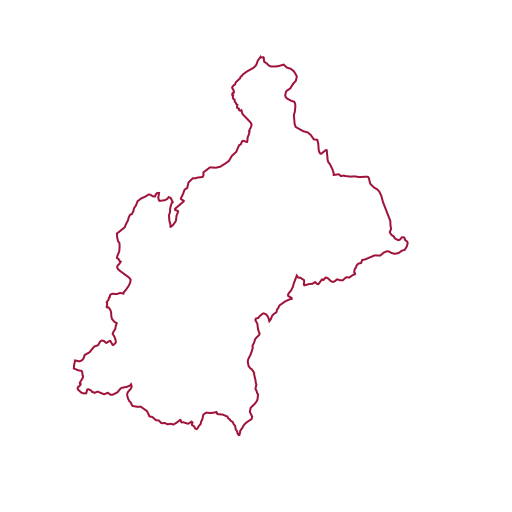 the district of Ky Son, Nghệ An, Vietnam, rotated 200°
{"feature_id": "81297802B2701886719052", "entity_name": "Ky Son", "entity_type": "district", "adm_level": 2, "iso_a3": "VNM", "parent_name": "Vietnam", "parent_adm1": "Nghệ An", "projection": "equal_earth", "projection_center": [104.217, 19.409], "detail": "fine", "context": "isolated", "style": "outline", "palette": "rose", "viewbox_px": 512, "rotation_deg": 200, "n_neighbors": 0, "source": "geoboundaries", "source_scale": "gbopen_adm2", "svg_char_len": 6050}
<svg xmlns="http://www.w3.org/2000/svg" viewBox="0 0 512 512"><g transform="rotate(200 256 256)"><path d="M390.3,96.0L389.5,90.7L388.7,88.0L383.7,87.8L380.6,88.4L379.4,87.2L378.3,84.8L377.6,84.2L377.2,83.1L377.2,81.6L378.2,76.9L377.9,76.0L377.2,76.1L376.8,75.2L377.8,72.7L378.3,72.4L378.4,70.5L377.3,69.5L373.5,67.9L371.3,67.9L368.6,68.9L368.9,72.8L367.9,73.5L365.0,73.2L363.3,72.1L362.2,72.5L361.1,72.1L358.4,74.4L351.5,74.1L348.4,76.8L345.2,75.9L343.5,76.4L339.6,80.5L337.9,85.2L336.6,86.5L332.8,88.7L330.0,91.3L329.6,92.7L328.2,91.0L328.1,90.1L328.3,88.3L330.0,83.9L329.6,81.3L327.5,78.3L325.5,76.4L323.5,75.4L321.4,73.2L320.4,72.9L315.6,73.8L312.7,75.0L305.3,72.9L301.2,68.8L298.5,69.3L293.9,67.5L290.9,68.2L288.1,66.7L287.0,66.7L284.5,67.9L281.6,67.6L278.6,69.2L276.1,69.3L273.6,72.2L271.2,76.1L270.6,76.0L269.8,74.7L269.0,74.2L267.4,74.9L262.8,75.1L261.9,75.6L259.9,78.3L258.7,77.8L258.7,76.0L258.2,75.2L256.2,74.9L254.2,73.2L252.8,72.9L252.1,73.7L251.5,76.9L250.6,79.1L250.9,81.7L250.6,84.5L251.2,88.5L250.6,90.0L249.0,91.9L245.3,92.7L240.9,95.0L240.0,95.9L239.3,95.6L238.8,94.6L237.8,94.3L233.1,95.6L227.9,95.3L226.5,93.9L225.1,93.7L223.9,92.7L221.1,92.0L219.5,90.4L217.6,89.3L215.8,86.2L213.8,84.8L212.4,82.7L210.8,81.8L210.4,82.1L210.3,82.7L210.7,83.6L210.5,84.5L211.1,86.4L210.7,87.3L210.5,88.7L210.0,89.6L210.0,91.3L209.1,94.2L207.7,96.8L204.4,101.2L204.7,103.8L208.5,107.4L209.1,111.5L206.4,117.2L205.6,120.2L205.6,121.9L206.7,126.6L208.0,127.5L209.6,129.7L211.1,130.9L211.7,135.5L213.0,136.9L213.5,138.3L217.2,144.0L217.8,145.6L221.0,148.0L222.9,148.5L225.3,150.0L227.6,153.9L228.0,156.4L227.4,161.3L227.4,164.6L227.6,168.5L228.6,170.4L228.2,173.4L228.3,177.1L228.0,178.8L226.1,182.7L226.0,184.2L229.0,187.7L231.5,192.7L234.8,195.7L234.6,197.3L232.6,198.5L232.3,200.0L230.7,203.0L229.6,204.5L229.0,204.7L226.9,204.7L224.8,203.6L222.9,201.8L221.2,199.3L220.5,201.5L220.4,205.4L219.5,207.4L217.6,210.1L217.9,213.3L217.2,214.7L217.3,216.5L216.8,217.9L213.0,223.4L209.2,227.1L207.8,227.8L208.2,228.8L212.0,229.4L212.7,230.4L212.4,232.5L211.3,235.5L210.8,239.5L211.1,243.1L211.0,251.6L208.8,250.1L207.0,250.8L202.6,249.7L201.9,248.3L201.3,245.5L200.5,245.0L196.2,248.0L193.4,249.2L191.6,251.7L188.8,250.6L187.7,251.0L186.1,256.4L185.2,256.8L184.7,256.4L184.2,256.8L183.6,258.8L183.0,259.7L181.0,259.7L177.3,258.1L175.4,257.8L173.7,258.7L171.8,261.8L168.7,262.0L166.2,262.8L164.3,266.4L163.4,267.1L161.0,267.6L158.5,271.3L156.8,272.6L156.9,273.5L158.2,274.3L158.5,275.6L158.7,277.3L158.1,279.7L158.2,281.6L157.2,283.9L154.9,285.3L154.8,288.6L152.3,290.1L144.8,297.1L139.4,298.9L137.1,302.9L134.9,305.0L133.1,305.7L129.7,305.2L127.1,305.4L125.4,306.0L123.0,307.6L120.8,310.8L118.4,312.6L117.6,316.4L117.8,319.8L118.8,321.2L121.8,322.3L122.1,323.3L123.4,324.1L125.2,323.6L126.2,320.9L127.2,319.8L128.1,319.5L131.8,320.1L132.9,321.4L135.8,322.1L137.7,323.4L138.5,324.3L138.3,327.7L139.9,330.3L141.8,334.9L155.2,350.2L158.8,355.4L162.4,358.9L165.0,360.1L168.4,360.7L172.6,362.5L173.7,363.4L176.5,367.7L177.7,368.6L179.4,368.3L185.9,365.5L190.7,364.5L194.4,362.9L199.8,361.6L201.0,361.6L203.6,360.1L205.7,361.0L206.7,360.9L210.7,358.7L211.6,360.8L214.1,363.9L218.1,367.7L220.1,368.9L221.5,370.7L225.7,379.6L226.7,379.3L229.7,374.4L230.5,374.2L231.7,374.9L233.3,377.0L235.9,382.8L238.1,386.1L241.6,385.4L246.0,388.5L249.6,389.8L254.4,389.4L262.8,390.8L264.8,393.2L268.2,400.4L268.7,402.0L268.8,404.5L270.3,410.5L271.8,413.1L272.8,414.0L276.1,413.9L280.6,414.6L282.5,415.5L283.5,416.9L284.0,420.5L283.8,421.5L281.1,425.2L280.5,428.7L279.9,430.0L280.0,430.7L278.5,434.1L278.9,438.1L279.6,439.3L283.5,442.5L287.3,443.8L291.4,443.6L295.5,445.3L299.3,442.5L302.1,440.9L306.9,439.2L308.9,439.3L312.2,440.8L314.6,441.3L315.2,442.1L316.6,445.1L317.1,445.3L318.2,444.6L319.4,444.3L319.8,444.7L321.1,440.2L321.1,436.0L321.5,434.4L322.8,431.9L327.7,426.2L330.3,422.3L331.0,420.1L331.8,419.2L331.7,417.6L334.4,412.3L334.4,410.0L335.4,408.7L336.1,406.4L335.9,405.8L333.8,404.1L332.8,402.6L332.8,401.8L333.5,401.5L333.8,400.9L333.5,399.3L332.5,399.3L332.2,397.4L331.1,395.9L329.7,395.7L328.7,393.7L327.5,393.2L326.6,392.1L325.2,391.7L324.9,389.7L324.4,388.8L322.5,388.6L321.7,387.2L320.4,387.2L319.6,388.1L317.3,384.8L306.9,379.7L305.1,378.0L304.8,376.1L305.3,371.0L304.6,370.7L304.3,367.6L304.4,364.6L303.4,360.9L303.5,360.0L307.5,359.9L308.3,359.0L308.5,355.7L309.8,354.3L310.2,347.1L312.9,341.9L313.9,336.3L315.9,333.2L320.2,327.6L323.8,325.3L329.6,323.5L334.0,316.6L332.9,313.6L333.3,311.9L337.4,309.9L339.9,308.1L342.0,307.4L344.6,302.0L343.9,296.4L345.7,294.1L345.8,293.2L345.8,289.4L346.3,284.3L345.8,283.7L342.8,283.2L342.6,282.6L348.2,272.7L347.8,271.7L344.7,271.5L344.3,271.0L344.5,266.7L343.4,262.4L343.4,261.0L344.5,256.9L346.1,254.2L346.4,254.2L347.4,256.7L349.3,259.2L351.7,264.4L351.8,267.8L352.9,271.1L353.3,275.1L353.3,276.9L352.6,278.1L356.1,281.4L358.2,281.5L359.0,279.1L360.8,277.2L365.5,274.8L366.2,275.1L367.7,277.2L368.7,282.1L369.8,281.7L370.8,280.9L371.0,279.8L371.3,279.5L371.2,277.5L373.1,276.8L376.2,277.4L377.8,277.2L380.4,273.9L383.7,270.7L386.0,266.9L386.1,262.4L387.0,259.1L386.6,256.8L386.9,253.0L388.4,251.8L388.8,249.0L388.5,245.6L389.1,241.5L389.2,238.0L394.4,229.5L392.9,226.2L390.8,222.8L388.8,221.5L387.4,218.3L386.1,213.7L386.3,208.4L386.1,206.6L384.3,206.2L381.8,204.3L381.2,204.3L381.8,201.7L382.8,199.6L382.6,197.9L381.4,196.6L379.4,195.7L367.9,192.3L365.7,190.9L365.1,187.5L365.6,183.7L366.9,178.9L367.8,177.2L367.7,175.3L371.0,174.9L373.5,172.8L375.4,172.0L377.3,171.8L379.0,170.6L379.8,169.3L379.3,167.3L379.9,166.6L379.6,164.7L380.5,161.5L379.5,160.4L378.9,157.0L378.3,156.7L377.2,157.3L374.6,155.7L372.9,153.5L371.2,149.6L369.6,147.4L366.5,145.7L363.9,145.3L363.8,142.0L363.3,139.3L364.1,135.4L364.1,133.8L361.6,131.9L359.1,128.9L358.2,126.9L358.6,125.4L359.8,123.4L360.4,123.5L363.8,126.3L364.5,126.1L366.9,123.1L370.3,124.2L372.3,123.6L373.2,122.2L373.8,118.5L374.2,117.9L377.1,115.5L379.6,108.4L383.1,104.5L383.1,100.4L383.9,98.4L386.1,96.5L390.3,96.0Z" fill="none" stroke="#9f1239" stroke-width="2"/></g></svg>